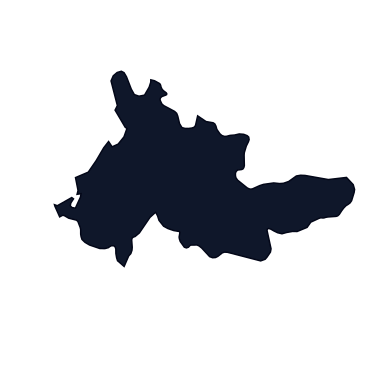 an SVG outline of Lezhë, rotated 37°
{"feature_id": "ALB-1528", "entity_name": "Lezhë", "entity_type": "County", "adm_level": 1, "iso_a3": "ALB", "parent_name": "Albania", "parent_adm1": "", "projection": "orthographic", "projection_center": [19.841, 41.793], "detail": "fine", "context": "isolated", "style": "filled", "palette": "ink", "viewbox_px": 384, "rotation_deg": 37, "n_neighbors": 0, "source": "natural_earth", "source_scale": "10m", "svg_char_len": 2695}
<svg xmlns="http://www.w3.org/2000/svg" viewBox="0 0 384 384"><g transform="rotate(37 192 192)"><path d="M89.8,284.9L92.7,284.0L99.3,268.8L101.5,268.8L101.8,273.6L103.0,276.2L105.3,276.7L108.6,275.1L106.0,263.2L104.4,260.1L101.6,263.0L100.1,259.4L90.3,250.6L97.2,238.6L96.6,224.7L94.9,209.9L95.0,201.9L101.0,204.0L104.2,198.2L104.5,188.9L101.8,180.4L99.7,180.5L81.3,172.9L80.4,167.9L60.5,152.0L59.2,146.6L60.3,141.6L62.9,138.1L65.9,137.6L70.3,139.4L81.6,146.4L87.3,148.9L92.0,147.4L95.8,143.2L94.7,134.1L93.0,129.2L91.6,127.2L95.1,125.7L100.7,124.9L101.8,125.1L102.8,125.7L104.1,126.8L105.9,127.8L108.0,128.3L111.7,128.3L112.7,128.7L113.1,129.5L112.7,130.5L111.7,132.0L110.4,134.1L110.2,135.9L110.7,137.3L111.9,138.2L114.9,139.8L117.5,140.0L129.6,138.1L132.4,138.4L135.0,140.0L140.9,144.9L145.2,146.6L148.2,145.4L150.9,143.4L153.3,141.1L154.5,139.4L154.9,137.9L154.5,136.2L150.7,127.8L160.8,127.3L167.2,124.0L169.2,123.9L171.5,125.0L174.1,127.0L179.1,128.7L181.8,128.9L184.4,128.1L186.1,126.7L188.3,123.9L191.7,120.9L194.8,117.2L198.6,114.8L202.1,113.8L204.2,114.0L206.1,115.8L206.8,117.9L207.7,122.6L210.1,129.1L211.5,131.3L217.9,139.4L218.7,141.3L218.8,143.0L218.1,144.2L215.3,146.9L214.9,148.6L215.2,150.5L216.6,152.5L218.3,154.1L221.2,155.1L233.9,155.5L236.6,154.8L238.3,153.3L242.2,146.2L244.5,142.9L251.8,135.6L256.8,132.6L259.8,130.0L262.9,125.4L265.7,116.4L268.6,113.3L272.4,110.7L293.4,100.0L306.6,87.4L316.3,89.1L320.3,92.1L321.8,94.9L324.7,102.9L324.8,105.6L324.1,108.0L323.2,110.3L322.8,113.5L322.8,116.9L323.1,121.2L322.7,123.4L321.7,124.8L315.5,130.2L314.1,131.7L313.2,133.0L312.3,133.9L311.3,134.5L310.2,135.3L309.3,136.6L305.0,144.6L305.2,151.0L299.7,160.3L296.1,162.9L291.9,167.4L289.0,171.2L284.9,173.0L280.8,173.8L277.4,174.2L275.3,174.9L274.5,176.0L275.0,177.5L289.3,189.8L290.8,192.8L291.1,199.0L290.9,201.7L288.3,205.7L256.6,218.8L254.1,220.5L252.8,222.4L251.4,227.8L250.2,230.2L248.0,232.1L245.0,233.0L233.5,230.9L230.1,230.8L227.9,231.3L223.9,234.4L222.8,235.3L222.5,236.5L222.4,238.2L221.2,240.0L219.1,240.7L212.4,238.6L210.1,237.0L208.8,235.7L206.8,231.8L205.8,231.1L200.6,233.8L194.7,235.7L189.9,236.4L182.7,234.5L178.9,231.8L176.2,230.5L175.1,230.2L173.7,237.6L174.6,256.4L173.3,261.9L172.4,263.1L171.9,264.7L172.6,266.5L177.5,272.1L179.1,274.6L180.2,278.0L179.9,281.1L182.6,292.3L173.9,291.7L171.4,289.9L168.3,287.0L165.4,283.3L163.6,282.1L161.9,282.0L160.0,283.4L159.2,285.0L158.7,286.8L156.5,289.6L152.4,292.6L142.1,296.0L136.9,296.6L132.7,296.1L130.3,294.4L128.5,292.7L125.7,289.0L124.2,287.7L118.6,284.2L116.7,284.0L109.3,287.1L104.3,287.7L103.1,288.2L102.5,288.8L101.3,291.5L90.8,285.7L89.8,284.9Z" fill="#0f172a" stroke="#020617" stroke-width="1.5"/></g></svg>